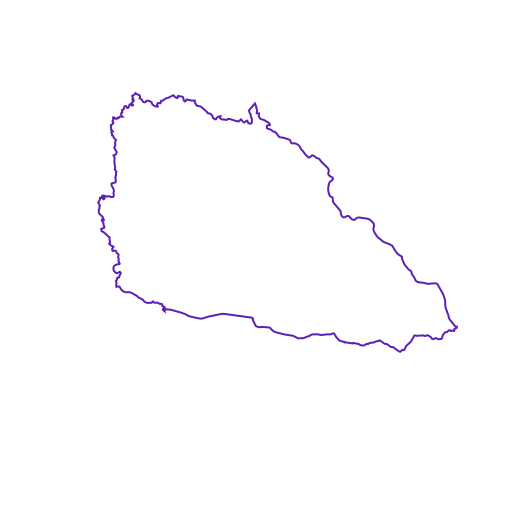 Thyolo, Thyolo, Malawi (Equal Earth projection), rotated 311°
{"feature_id": "42251766B18929072887304", "entity_name": "Thyolo", "entity_type": "district", "adm_level": 2, "iso_a3": "MWI", "parent_name": "Malawi", "parent_adm1": "Thyolo", "projection": "equal_earth", "projection_center": [35.104, -16.129], "detail": "fine", "context": "isolated", "style": "outline", "palette": "violet", "viewbox_px": 512, "rotation_deg": 311, "n_neighbors": 0, "source": "geoboundaries", "source_scale": "gbopen_adm2", "svg_char_len": 6049}
<svg xmlns="http://www.w3.org/2000/svg" viewBox="0 0 512 512"><g transform="rotate(311 256 256)"><path d="M141.2,171.0L142.4,171.7L143.3,173.0L142.2,176.6L142.2,179.4L143.2,181.5L145.7,184.3L146.5,186.1L147.7,192.0L147.6,194.7L148.8,198.9L148.4,201.3L148.7,203.4L149.5,205.0L152.3,208.0L153.8,207.8L154.2,208.3L154.2,210.3L156.2,212.3L156.8,214.9L157.2,215.1L158.0,216.8L156.8,218.3L157.5,220.1L157.4,220.8L156.1,221.8L155.6,220.6L154.6,220.9L154.2,221.3L154.3,223.0L154.5,222.7L156.8,223.0L159.5,226.9L163.7,235.7L166.0,241.3L166.0,242.8L166.9,245.4L170.5,252.3L172.3,255.2L173.7,256.6L179.2,260.0L190.0,268.2L192.0,270.8L206.8,293.4L206.6,295.1L205.7,295.5L202.8,302.2L203.0,302.0L204.2,305.0L206.7,307.4L210.5,312.6L211.0,313.7L210.6,317.7L211.1,320.3L215.5,329.0L220.1,336.3L221.5,341.8L225.1,345.7L229.3,347.8L230.3,348.7L231.9,348.9L233.8,350.0L237.1,353.6L239.3,357.2L243.9,361.4L245.1,363.1L248.5,365.2L248.7,366.2L247.5,369.5L246.9,374.0L247.6,376.3L249.1,378.8L248.8,379.5L249.5,380.1L253.5,386.4L254.1,386.3L256.9,391.2L257.2,393.3L258.9,395.8L259.8,396.4L262.4,397.2L263.0,398.3L264.1,398.5L265.7,399.5L267.4,401.2L270.8,402.9L272.1,404.2L273.5,404.6L274.2,410.8L275.5,412.7L275.8,417.3L277.2,419.4L277.8,426.5L278.1,427.3L278.5,427.8L281.2,428.0L281.7,429.0L282.3,429.5L286.7,428.4L293.1,429.1L299.8,427.7L300.7,428.5L301.2,429.7L305.5,434.0L306.6,436.2L308.5,437.2L308.9,437.7L309.5,441.0L309.0,442.9L309.1,443.6L309.5,444.3L311.9,445.4L313.0,448.5L315.1,450.3L316.0,450.3L318.9,448.9L322.1,448.7L324.0,450.0L326.6,450.4L327.3,451.4L327.3,452.3L328.6,453.2L329.5,454.7L331.3,453.6L333.3,454.6L334.5,454.0L333.8,452.9L333.7,451.5L335.1,444.2L335.7,442.4L337.5,440.0L341.3,433.1L343.3,430.8L345.9,428.6L348.5,425.0L350.2,421.5L353.9,411.3L353.3,409.5L347.6,403.8L345.3,399.4L343.3,396.7L342.2,394.3L342.1,393.5L342.4,392.2L343.7,389.3L344.6,385.5L346.3,383.1L346.0,379.7L347.0,373.8L349.1,369.2L350.1,367.6L351.0,366.9L351.2,366.3L350.6,363.1L350.7,360.4L351.4,357.1L352.9,352.9L353.1,351.6L352.3,348.5L350.3,343.1L350.1,335.6L350.4,333.7L351.5,329.9L352.7,327.6L354.4,326.1L356.3,325.3L357.5,323.8L358.0,322.0L358.1,317.7L357.4,315.9L352.4,308.1L351.0,307.2L348.1,306.6L347.2,305.9L346.6,304.1L347.0,300.6L346.8,299.4L346.0,298.6L343.3,297.5L342.5,296.6L342.3,295.3L343.1,292.9L345.4,290.3L347.1,279.5L347.6,278.3L350.3,275.6L349.7,272.3L351.9,268.6L354.3,266.1L358.7,263.5L360.7,263.1L362.7,263.7L364.7,263.5L365.1,263.1L365.3,261.8L364.7,258.6L364.9,257.3L366.1,256.1L368.1,255.1L369.1,253.6L369.5,252.4L370.0,243.3L370.8,240.1L369.7,237.2L369.6,233.9L368.9,232.4L365.3,231.7L364.7,230.6L364.9,227.2L365.9,222.7L366.1,220.6L367.3,216.9L367.6,214.9L366.6,211.4L364.6,209.3L364.4,208.7L365.7,205.8L365.4,204.0L363.1,198.8L361.2,196.1L361.1,194.7L362.2,190.3L362.0,188.9L361.3,187.3L361.0,183.9L359.9,181.7L359.6,180.4L361.3,178.8L362.3,179.1L363.5,180.4L364.0,180.6L364.4,180.3L364.9,178.4L364.6,176.4L363.8,172.5L362.6,170.1L362.4,168.8L363.7,165.9L365.6,164.8L364.3,162.8L366.7,161.2L367.6,159.6L368.7,158.4L370.4,155.1L361.2,155.2L359.9,157.2L359.4,159.0L358.4,160.0L356.2,163.6L353.7,165.4L352.7,165.4L351.8,164.6L351.3,162.8L352.4,160.6L352.0,160.2L349.0,159.5L348.8,157.6L349.3,155.0L346.2,154.7L344.7,152.1L342.2,146.4L341.0,144.8L339.6,144.7L338.8,143.9L338.1,142.1L336.8,141.1L336.4,138.5L336.7,137.9L338.2,137.6L337.9,137.1L336.5,136.2L334.5,135.6L333.1,136.1L332.3,135.5L332.0,134.2L332.1,132.9L333.5,130.1L333.2,127.5L332.1,126.1L332.6,124.1L332.6,117.1L332.3,115.8L330.6,112.5L331.9,108.9L333.2,107.8L331.2,105.7L328.8,101.2L328.4,100.9L326.9,101.3L325.9,100.9L326.0,99.6L327.7,97.1L328.0,96.5L327.9,95.9L325.7,92.2L325.0,92.3L324.2,93.1L323.3,92.6L322.8,90.7L323.2,88.8L323.0,88.1L317.7,85.9L315.9,84.6L311.9,83.6L311.1,82.7L310.6,82.6L309.4,83.5L308.5,83.6L307.4,81.8L306.9,81.6L305.4,81.9L304.7,83.6L304.2,83.7L303.4,82.9L302.9,81.8L302.4,79.2L302.4,78.5L303.5,76.2L303.0,73.7L302.0,72.2L301.2,71.5L299.7,71.7L298.8,71.0L298.4,69.9L299.1,66.1L298.6,64.9L300.4,63.7L300.9,62.6L300.2,60.8L299.8,58.2L299.0,58.5L295.5,57.6L295.4,58.2L294.5,58.9L294.1,60.1L293.0,60.1L293.3,61.4L293.0,62.0L289.9,61.7L289.3,64.1L288.8,64.3L288.3,64.0L288.2,62.0L287.4,61.2L284.6,62.3L283.6,62.1L283.2,61.7L283.9,60.0L283.8,59.3L282.5,58.6L280.1,59.8L278.2,59.1L276.8,60.9L275.8,60.5L274.8,60.9L273.5,62.4L273.5,63.7L271.8,61.8L269.8,61.7L269.3,61.4L269.4,60.8L268.0,60.7L267.3,59.7L267.6,58.4L267.3,57.8L267.0,57.3L266.5,57.3L266.3,58.0L265.1,58.9L263.6,59.2L263.2,59.7L263.0,61.0L261.5,61.2L259.4,60.6L257.2,63.1L256.3,63.6L256.3,65.6L256.1,66.1L255.3,65.3L254.4,65.6L254.0,66.8L252.8,67.8L252.6,68.4L253.0,68.8L252.9,69.5L251.9,71.1L251.6,74.3L249.1,75.2L247.6,76.9L246.7,77.4L244.7,78.0L243.1,82.6L242.6,83.0L240.8,83.6L238.4,82.5L237.4,84.8L233.9,87.5L230.1,91.9L228.5,92.8L228.1,95.3L226.7,95.9L225.0,97.5L224.0,97.6L223.3,98.5L222.7,98.5L220.5,101.3L219.1,101.6L216.5,99.6L215.5,99.6L214.4,101.0L213.3,104.0L212.1,106.0L210.1,107.1L208.0,109.3L207.0,109.5L205.4,107.9L204.6,105.6L202.8,104.4L202.8,103.7L202.1,102.9L201.8,101.6L200.6,100.4L200.1,100.5L200.1,101.1L200.9,102.0L200.8,102.6L200.1,103.9L199.6,104.0L198.8,103.6L199.1,103.1L199.0,102.4L197.5,100.1L196.2,101.1L192.7,101.9L191.7,105.1L190.7,105.4L189.0,106.7L187.5,107.1L185.5,109.1L185.1,110.3L184.9,114.6L183.5,117.3L183.1,117.7L182.7,117.3L182.5,116.0L182.0,115.9L181.6,116.4L180.6,119.5L179.0,121.1L178.7,122.3L178.3,122.7L177.3,122.8L175.0,121.4L173.4,123.2L174.0,125.0L174.1,129.6L173.8,130.9L174.1,133.2L172.4,134.5L170.6,137.0L170.2,137.2L169.2,136.9L168.8,137.3L168.8,139.2L169.4,142.4L166.9,142.8L165.8,144.2L165.9,144.8L167.3,145.7L167.9,146.8L167.8,147.4L166.9,148.9L167.1,150.9L166.8,151.5L164.9,152.5L163.9,154.1L161.7,155.9L160.8,158.1L160.3,158.2L158.6,156.7L156.6,155.7L155.1,155.5L153.6,156.1L152.3,157.3L151.4,158.9L151.4,161.0L151.7,162.2L152.1,162.5L154.7,163.6L154.6,164.9L154.2,165.3L151.2,166.0L150.3,166.6L149.8,166.6L148.5,165.6L146.7,166.6L145.2,166.7L144.3,168.3L142.4,169.4L141.2,171.0Z" fill="none" stroke="#5b21b6" stroke-width="2"/></g></svg>